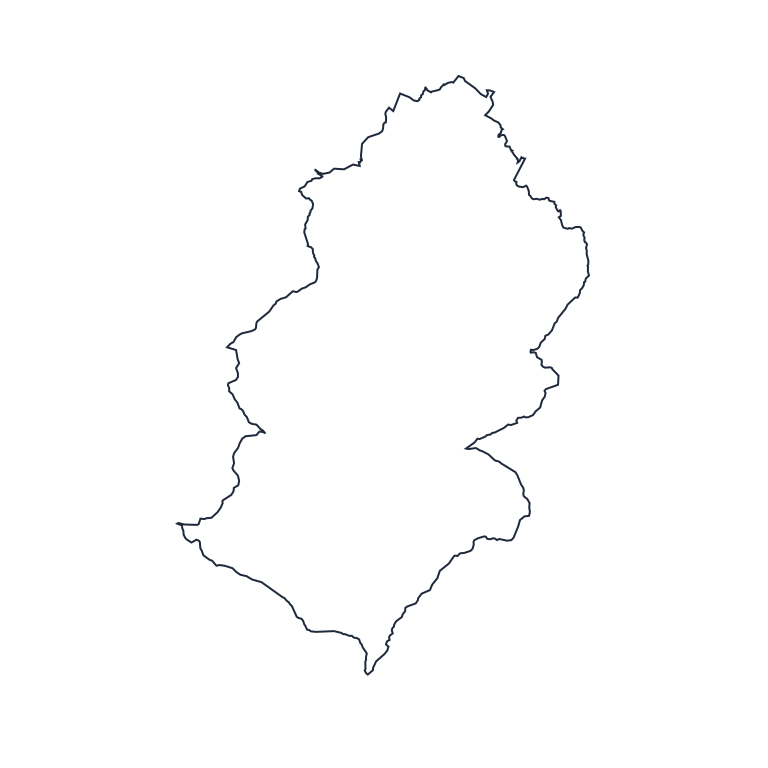 the district of Margau, Cluj, Romania, rotated 329°
{"feature_id": "2599482B38799369919058", "entity_name": "Margau", "entity_type": "district", "adm_level": 2, "iso_a3": "ROU", "parent_name": "Romania", "parent_adm1": "Cluj", "projection": "mercator", "projection_center": [22.901, 46.714], "detail": "fine", "context": "isolated", "style": "outline", "palette": "slate", "viewbox_px": 768, "rotation_deg": 329, "n_neighbors": 0, "source": "geoboundaries", "source_scale": "gbopen_adm2", "svg_char_len": 6166}
<svg xmlns="http://www.w3.org/2000/svg" viewBox="0 0 768 768"><g transform="rotate(329 384 384)"><path d="M532.8,474.3L537.9,466.7L535.9,457.9L536.2,457.0L535.2,455.4L530.3,452.8L529.2,451.0L528.8,448.8L531.1,445.7L531.5,444.4L529.0,439.8L530.1,435.4L528.2,433.6L526.1,432.9L526.1,431.9L527.6,430.3L529.5,431.8L533.4,432.8L536.1,432.2L539.7,429.3L544.9,428.2L547.2,425.8L550.5,426.2L555.6,424.5L561.7,419.8L564.0,419.6L567.3,417.0L578.3,413.0L582.1,410.6L591.4,408.5L592.9,408.5L594.5,409.7L598.6,407.0L600.5,404.5L603.2,403.9L606.0,402.3L608.1,399.7L609.1,399.9L611.4,397.5L615.6,396.6L616.7,392.5L619.2,388.7L619.3,387.5L620.7,386.7L622.7,383.5L624.6,377.1L626.6,373.9L627.2,371.5L629.9,369.0L630.0,366.9L629.3,365.8L629.4,365.0L629.9,363.5L631.3,362.0L631.4,359.6L632.3,358.0L633.6,357.2L633.0,354.9L633.2,351.5L632.6,350.1L628.9,348.1L625.0,347.6L623.1,345.7L621.6,345.7L618.4,342.5L618.5,339.8L620.1,334.6L619.7,331.1L622.2,331.0L624.5,326.8L624.4,325.7L622.7,326.1L622.1,325.4L622.3,320.8L623.6,319.6L622.9,317.3L623.9,315.6L620.6,312.6L620.1,311.6L620.7,309.3L619.1,307.9L616.4,308.1L615.4,307.1L612.4,306.2L610.1,303.8L607.4,302.7L606.4,301.1L606.2,297.8L605.7,296.7L607.6,292.9L608.3,288.4L608.0,287.2L604.5,286.9L601.2,284.1L600.3,282.4L600.3,280.7L601.6,279.0L600.7,278.0L600.4,276.1L620.9,263.5L620.1,263.0L619.8,261.9L618.7,261.5L618.5,260.5L614.7,262.9L612.6,263.0L614.1,261.6L614.0,259.7L614.4,259.6L613.6,255.0L613.4,250.1L614.1,250.0L613.3,249.0L613.9,245.2L610.9,243.1L610.6,242.2L611.5,240.7L614.5,239.3L615.4,233.7L615.1,232.5L613.6,231.4L611.8,231.1L610.1,231.7L609.3,230.8L610.6,229.4L613.4,229.0L615.7,226.8L617.1,226.8L616.2,224.2L617.2,222.0L616.6,218.5L613.9,214.7L612.9,211.9L609.2,205.7L614.2,204.4L621.3,201.0L622.5,198.0L623.2,192.7L628.7,190.4L626.3,187.2L623.5,185.2L622.7,188.7L619.4,190.7L616.3,185.4L614.4,177.3L609.5,166.0L609.9,162.8L606.5,158.4L598.6,161.3L597.5,160.0L593.7,158.8L589.8,158.8L589.7,158.0L585.7,159.0L583.5,160.3L581.6,159.9L575.3,157.9L574.5,158.2L572.4,154.5L572.6,153.2L572.1,152.2L572.7,150.6L570.4,153.1L568.6,153.5L566.5,155.5L564.6,155.7L563.4,157.3L561.5,157.5L560.5,158.7L558.3,158.8L555.5,156.2L553.5,151.3L547.4,143.3L532.5,154.8L530.6,149.7L525.7,151.7L524.4,152.9L523.1,156.6L520.3,160.7L519.0,160.3L517.0,161.3L514.7,164.7L512.5,166.4L508.6,166.7L497.6,164.3L488.9,166.8L481.4,177.1L480.4,180.4L479.6,179.6L479.1,181.0L477.8,181.7L476.7,180.8L475.5,184.6L470.4,179.9L460.3,179.4L452.1,173.7L446.2,174.7L440.0,172.5L437.2,169.4L435.3,164.4L435.3,165.9L436.2,168.2L435.6,169.4L437.9,173.7L438.1,174.4L437.7,174.6L434.7,174.5L431.3,172.4L427.9,171.4L426.5,172.5L422.4,171.4L417.9,173.7L412.4,173.3L410.5,175.0L411.9,176.6L411.2,179.8L412.7,184.8L415.4,186.2L415.4,187.7L416.4,189.5L415.9,193.3L413.1,196.6L410.1,197.7L409.5,198.9L407.9,199.5L407.6,200.6L405.0,201.4L402.7,204.4L398.6,206.6L396.8,210.4L395.6,210.5L393.7,213.1L390.9,225.0L389.6,226.4L391.9,229.3L392.5,231.7L391.1,234.0L390.4,236.3L390.6,237.7L389.5,239.0L389.8,240.7L389.0,243.4L389.2,246.4L388.4,250.3L385.8,251.7L381.4,258.4L379.0,260.6L376.8,261.3L372.0,260.4L366.7,260.8L362.5,259.9L357.4,260.4L356.1,259.9L353.6,257.5L344.7,259.2L339.2,257.8L334.5,257.8L332.4,259.4L329.8,259.7L323.0,262.8L307.5,265.1L306.0,266.1L303.1,270.0L301.3,270.8L297.3,270.3L288.3,267.4L285.4,267.3L281.5,267.7L276.6,270.5L273.0,270.4L268.4,271.7L274.7,278.7L271.3,287.4L270.6,291.5L265.4,294.2L264.4,299.4L262.5,302.7L259.2,304.3L251.0,303.2L249.6,304.7L249.1,308.0L247.5,310.5L248.9,314.9L248.2,320.1L248.7,324.6L247.6,330.6L248.8,332.2L249.3,334.3L248.7,338.3L249.4,341.8L248.5,347.2L250.2,350.1L253.8,353.2L255.0,359.2L256.1,361.1L256.9,365.3L255.9,363.2L252.8,360.6L248.3,362.1L238.5,357.5L234.4,357.8L229.9,360.4L226.0,363.6L219.8,366.1L217.1,368.7L214.7,374.7L210.7,378.0L210.4,380.5L211.5,386.7L211.1,388.9L210.0,392.3L207.6,395.1L206.5,395.8L201.8,395.7L199.7,398.5L196.0,400.4L186.1,400.7L185.0,401.3L184.4,403.0L180.2,406.0L175.1,408.2L167.1,409.8L162.7,407.6L160.6,407.3L157.3,404.9L153.0,408.6L151.4,408.6L140.5,401.6L136.1,397.2L134.9,397.2L138.0,401.2L136.8,403.7L136.5,406.2L134.6,410.2L134.4,413.9L135.0,416.0L137.3,420.7L143.1,420.9L144.6,423.0L144.8,424.5L142.0,430.1L141.9,433.1L141.0,437.8L143.7,444.4L145.7,447.1L146.7,453.1L147.2,453.8L149.2,454.1L153.7,457.6L159.3,463.9L160.5,469.0L162.7,473.6L167.2,477.9L170.3,483.7L176.9,490.7L187.1,514.2L188.4,516.2L189.0,519.8L190.0,522.1L190.0,524.5L190.7,526.8L189.3,538.5L190.0,540.2L192.4,542.8L192.7,545.5L191.9,548.8L192.0,551.4L191.5,554.8L193.1,556.4L194.1,558.5L198.0,561.4L213.9,570.1L219.3,575.4L220.1,577.3L221.9,578.5L224.6,582.1L226.7,583.2L227.6,585.9L230.1,588.1L231.1,590.2L230.3,593.7L230.7,595.8L230.1,598.8L230.5,606.0L227.5,609.3L226.9,610.8L224.9,612.5L221.3,618.8L219.9,619.7L219.7,622.5L220.5,624.7L227.1,623.6L228.4,621.7L234.4,617.7L245.4,615.7L249.5,614.2L252.6,611.4L251.6,608.6L251.9,607.8L254.3,606.1L257.0,606.3L257.8,603.8L259.5,602.6L263.0,602.3L263.8,599.2L265.3,597.7L267.4,597.1L268.8,595.5L272.0,593.7L279.4,592.9L281.3,591.1L285.1,589.6L287.0,586.9L289.4,586.7L298.1,588.4L301.6,586.8L303.0,585.2L308.2,583.1L317.2,584.3L322.0,580.8L329.6,578.0L335.6,572.9L347.2,571.3L355.1,567.7L356.4,567.6L358.5,569.3L361.9,568.3L366.0,570.2L372.2,571.6L375.1,570.8L378.2,567.9L379.5,565.4L381.0,564.4L385.0,564.6L391.3,566.2L392.6,567.3L392.7,569.7L393.4,570.5L395.4,571.9L398.2,572.4L399.7,574.0L400.5,576.0L403.0,576.2L408.8,581.7L412.6,583.4L415.7,582.6L425.7,575.2L430.4,570.7L436.2,569.8L440.4,571.7L443.1,568.9L445.0,564.5L447.4,561.2L447.6,556.4L446.2,552.8L446.1,551.6L446.9,549.8L449.1,547.2L449.9,544.7L449.7,540.8L451.3,530.9L451.3,527.4L443.5,512.3L442.9,510.1L439.7,506.6L437.3,498.2L433.5,492.0L431.8,490.1L430.4,487.0L429.1,485.9L423.3,483.5L421.1,481.6L431.9,480.7L435.8,479.0L437.6,480.4L444.1,481.3L445.7,480.8L449.3,482.1L451.7,481.7L453.7,482.6L464.1,483.4L469.5,482.7L471.8,484.6L478.1,485.9L478.6,483.5L481.4,482.0L484.4,483.6L487.4,484.1L487.9,485.3L490.3,486.7L495.6,487.4L500.1,485.5L505.7,484.6L511.2,479.4L515.2,477.7L517.8,475.0L518.1,472.5L518.6,472.3L520.4,471.8L532.8,474.3Z" fill="none" stroke="#1e293b" stroke-width="2"/></g></svg>